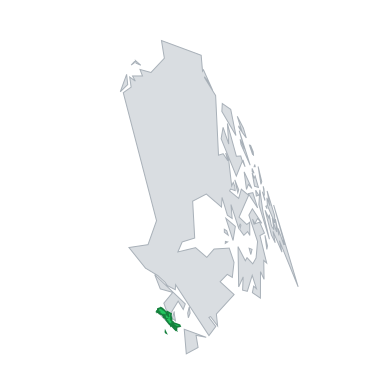 location of Nova Scotia within Canada, rotated 74°
{"feature_id": "CAN-685", "entity_name": "Nova Scotia", "entity_type": "Province", "adm_level": 1, "iso_a3": "CAN", "parent_name": "Canada", "parent_adm1": "", "projection": "equal_earth", "projection_center": [-62.958, 45.228], "detail": "medium", "context": "in_parent", "style": "filled", "palette": "green", "viewbox_px": 384, "rotation_deg": 74, "n_neighbors": 0, "source": "natural_earth", "source_scale": "10m", "svg_char_len": 5646}
<svg xmlns="http://www.w3.org/2000/svg" viewBox="0 0 384 384"><g transform="rotate(74 192 192)"><path d="M65.8,198.5L55.8,181.7L38.0,179.6L63.1,145.5L78.8,148.6L77.7,147.3L100.0,144.1L88.2,146.8L85.0,148.1L85.4,148.5L105.8,142.7L163.9,156.4L163.8,151.5L172.0,148.9L163.8,148.9L171.2,147.9L197.1,152.2L194.2,149.7L198.3,149.3L202.6,150.1L199.8,154.1L201.3,155.6L211.0,148.9L202.9,143.8L210.8,138.5L229.1,153.7L238.3,148.3L237.0,144.9L249.7,148.4L245.4,149.4L247.9,154.1L241.2,156.5L238.0,154.4L237.0,154.2L236.1,154.6L239.6,157.1L214.8,158.0L228.5,160.7L224.1,164.4L205.5,164.6L214.6,167.8L197.9,178.8L201.0,193.9L237.0,202.1L237.3,215.2L245.7,222.1L246.5,203.9L258.9,195.8L252.9,186.5L256.2,171.7L271.2,171.0L285.2,176.8L280.9,180.8L286.0,189.7L302.2,179.8L316.0,202.2L327.8,204.3L316.9,208.5L317.2,210.3L327.8,206.2L334.7,215.3L276.6,233.3L281.3,235.0L275.2,241.5L271.5,242.7L262.9,247.9L252.4,257.7L228.0,267.9L230.5,248.8L209.8,234.0L77.6,230.7L74.4,221.6L64.3,220.2L69.8,215.9L64.1,217.2L66.8,207.6L59.9,208.2L65.8,198.5ZM234.6,141.3L240.0,141.3L239.6,135.3L251.5,133.7L252.6,138.7L280.9,139.8L277.6,141.9L295.8,146.8L287.4,148.1L312.9,155.5L305.4,161.7L299.5,158.7L302.7,156.7L288.7,157.1L302.7,166.2L300.3,170.4L287.7,166.2L296.1,173.3L257.2,162.8L272.8,159.7L270.3,157.2L277.8,153.4L273.1,148.6L257.6,142.6L229.9,143.7L224.8,138.6L241.4,133.5L235.6,136.3L239.6,140.3L234.6,141.3ZM227.0,117.1L312.4,116.1L262.9,121.4L274.6,122.1L252.1,125.0L263.7,126.0L255.2,127.5L229.7,126.8L238.2,125.3L235.1,124.0L245.1,124.9L247.7,124.7L250.9,123.6L239.2,122.0L249.3,122.0L253.8,121.6L240.9,119.3L257.7,120.4L250.8,119.2L268.3,118.3L263.1,118.2L268.4,117.4L227.0,117.1ZM135.9,139.1L169.9,139.5L170.8,135.2L176.2,135.1L188.9,145.0L148.8,149.3L138.4,144.3L156.1,143.5L135.9,139.1ZM291.1,249.7L283.2,238.2L276.4,249.2L261.2,250.6L297.7,229.3L302.5,232.8L293.1,235.4L301.3,244.3L315.1,249.1L297.5,258.2L295.1,253.2L305.9,248.8L291.1,249.7ZM123.3,132.0L149.8,134.2L122.8,141.1L115.3,138.5L123.3,132.0ZM211.7,119.5L237.6,119.1L244.5,121.0L225.6,123.2L218.2,121.6L226.7,120.9L211.7,119.5ZM208.6,126.2L230.9,129.3L258.7,130.6L222.6,131.2L208.6,126.2ZM146.0,129.7L182.3,128.7L159.8,131.8L154.6,131.2L165.3,129.8L146.0,129.7ZM335.6,218.4L330.9,227.6L343.1,229.0L346.0,242.1L321.8,237.3L335.6,218.4ZM187.0,136.3L205.1,133.5L200.2,135.7L204.5,138.9L187.0,136.3ZM226.6,166.7L237.0,159.8L249.9,165.9L226.6,166.7ZM209.4,133.7L225.4,133.3L209.1,138.3L209.4,133.7ZM155.0,124.9L148.6,127.3L131.7,127.6L144.7,125.0L155.0,124.9ZM205.9,126.9L203.7,130.3L190.1,128.9L195.7,128.4L194.0,126.9L205.9,126.9ZM185.7,121.4L201.3,122.1L203.6,123.6L185.7,121.4ZM60.9,222.4L71.0,224.2L75.9,233.3L60.9,222.4ZM253.7,133.8L264.6,134.3L267.8,135.9L253.7,133.8ZM192.1,147.5L202.8,146.5L205.4,148.2L192.1,147.5ZM213.5,128.8L213.6,131.3L207.8,130.3L213.5,128.8ZM208.9,122.0L215.4,123.4L206.1,122.0L208.9,122.0ZM263.7,150.1L268.3,152.7L261.8,152.6L263.7,150.1ZM165.2,123.5L173.0,123.4L162.2,123.9L165.2,123.5ZM182.4,134.0L177.2,134.8L175.2,134.2L182.4,134.0ZM317.1,240.5L316.2,246.8L317.9,244.0L319.8,245.7L316.5,247.6L313.4,247.0L317.1,240.5ZM170.2,122.1L174.1,122.8L162.8,122.9L170.2,122.1ZM311.9,230.2L307.2,229.5L301.7,226.3L307.9,227.2L311.9,230.2ZM243.5,169.1L239.6,172.0L236.7,171.2L238.8,169.3L243.5,169.1ZM50.1,210.1L56.0,206.3L52.7,210.3L50.1,210.1ZM211.1,124.3L219.0,124.0L220.3,124.3L211.1,124.3ZM191.1,127.2L188.8,128.5L185.9,127.7L191.1,127.2ZM301.9,242.0L304.7,242.7L311.2,243.4L308.1,245.7L301.9,242.0ZM249.8,171.5L250.6,174.2L248.7,173.5L249.8,171.5ZM147.5,127.7L142.8,129.1L141.2,128.9L147.5,127.7ZM228.8,124.4L226.2,125.0L225.8,124.5L228.8,124.4ZM185.1,124.3L184.8,125.3L182.9,124.1L185.1,124.3ZM50.5,210.9L52.0,212.1L53.2,215.5L50.5,210.9Z" fill="#d9dde1" stroke="#a8b0b8" stroke-width="1"/><path d="M303.3,245.6L304.7,246.4L306.5,246.5L305.9,246.7L306.2,246.9L307.0,246.5L308.6,246.7L308.3,246.8L308.8,247.0L308.3,247.2L308.3,247.5L308.9,247.1L309.4,247.5L311.6,246.1L311.8,247.1L312.8,247.5L313.3,247.1L313.9,247.8L314.3,248.0L313.4,248.8L315.2,248.9L315.3,249.2L312.5,249.7L312.7,250.2L309.5,251.5L309.4,251.1L308.0,252.1L307.1,251.7L307.1,252.3L306.9,251.7L306.8,252.2L305.7,252.2L305.6,252.7L304.7,252.1L305.3,253.1L304.9,253.5L303.7,253.1L303.8,252.2L303.1,252.5L303.1,253.3L302.2,252.8L302.1,253.6L302.6,253.9L302.0,253.9L302.3,254.4L301.7,254.0L302.0,254.4L300.5,255.4L300.7,255.8L300.0,256.1L300.0,256.6L299.5,256.4L299.5,257.0L299.3,256.6L299.3,257.2L298.9,257.4L298.5,256.8L298.4,257.4L297.9,257.1L298.0,258.1L297.6,257.8L297.5,258.5L297.1,258.0L296.5,258.3L296.0,256.8L295.4,256.5L295.5,257.3L294.9,257.1L294.7,254.9L296.1,252.8L294.7,253.7L295.5,252.8L296.4,252.2L296.7,252.6L297.8,251.7L296.6,252.0L301.8,249.2L301.5,248.9L302.1,249.0L302.0,250.1L302.5,250.1L302.8,250.7L303.0,250.3L302.6,249.9L303.0,249.5L305.9,248.8L301.2,248.5L299.8,249.0L303.3,245.6ZM318.8,246.6L316.5,247.7L315.7,247.3L314.1,247.8L313.5,247.1L313.0,245.4L316.5,240.5L317.5,240.4L317.1,241.0L317.8,241.2L317.7,242.5L316.7,244.5L317.4,244.1L314.7,245.8L316.2,245.2L315.9,245.8L314.9,246.1L315.5,246.3L314.6,247.0L316.2,247.1L317.5,245.5L316.4,246.1L316.0,245.8L317.9,244.4L316.5,245.2L318.0,243.9L318.3,244.3L317.9,244.7L318.5,244.3L319.8,244.7L319.3,245.4L319.9,245.9L318.5,246.3L318.8,246.6ZM315.5,247.7L315.2,248.3L314.8,247.8L315.2,247.7L315.5,247.7ZM318.7,256.0L320.4,255.7L320.0,256.1L319.6,256.2L319.2,256.2L318.7,256.0ZM296.8,258.5L297.2,258.3L296.9,258.7L296.8,258.5ZM294.3,254.1L294.7,253.7L294.2,254.4L294.3,254.1ZM320.3,245.4L320.2,245.5L319.9,245.5L320.3,245.4ZM309.0,246.4L309.3,246.4L308.9,246.5L309.0,246.4Z" fill="#22c55e" stroke="#15803d" stroke-width="1.5"/></g></svg>